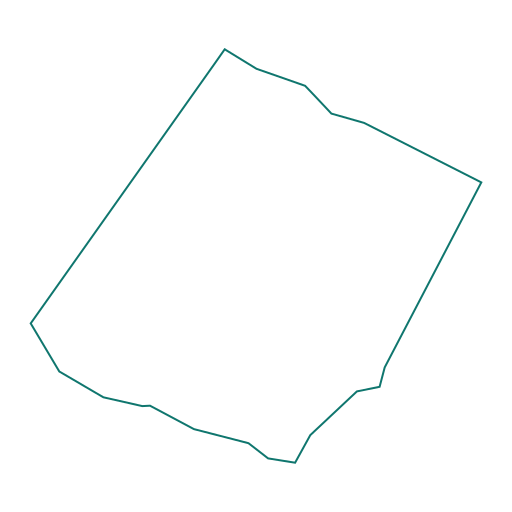 Fluvanna, Virginia, United States of America (Natural Earth projection)
{"feature_id": "52423323B11233597395772", "entity_name": "Fluvanna", "entity_type": "district", "adm_level": 2, "iso_a3": "USA", "parent_name": "United States of America", "parent_adm1": "Virginia", "projection": "natural_earth1", "projection_center": [-78.273, 37.848], "detail": "fine", "context": "isolated", "style": "outline", "palette": "teal", "viewbox_px": 512, "rotation_deg": 0, "n_neighbors": 0, "source": "geoboundaries", "source_scale": "gbopen_adm2", "svg_char_len": 384}
<svg xmlns="http://www.w3.org/2000/svg" viewBox="0 0 512 512"><path d="M295.1,462.7L310.3,435.1L356.9,391.4L379.6,386.8L384.7,367.4L481.3,182.4L364.1,122.9L331.4,113.6L315.7,96.9L305.1,85.8L256.5,68.8L224.7,49.3L215.3,62.7L30.7,323.4L59.3,371.5L103.4,397.3L142.3,406.1L150.0,405.7L193.9,429.1L248.5,443.2L268.1,458.4L295.1,462.7Z" fill="none" stroke="#0f766e" stroke-width="2"/></svg>